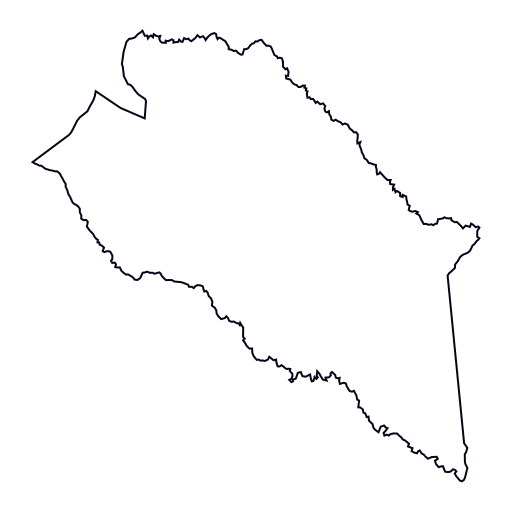 outline of Aporé, Goiás, Brazil
{"feature_id": "56859067B20436307532870", "entity_name": "Aporé", "entity_type": "district", "adm_level": 2, "iso_a3": "BRA", "parent_name": "Brazil", "parent_adm1": "Goiás", "projection": "equal_earth", "projection_center": [-52.039, -18.806], "detail": "fine", "context": "isolated", "style": "outline", "palette": "ink", "viewbox_px": 512, "rotation_deg": 0, "n_neighbors": 0, "source": "geoboundaries", "source_scale": "gbopen_adm2", "svg_char_len": 5959}
<svg xmlns="http://www.w3.org/2000/svg" viewBox="0 0 512 512"><path d="M463.9,479.9L465.0,477.5L467.4,468.0L465.5,464.2L464.9,462.1L464.8,454.3L466.2,452.0L467.3,447.9L464.1,443.2L447.6,275.5L449.4,272.9L450.8,271.9L454.9,268.0L455.1,264.5L457.6,261.4L460.3,256.8L462.8,254.8L467.4,252.9L469.9,250.9L471.3,248.2L472.4,245.7L474.6,243.9L476.7,241.0L478.1,239.9L479.4,238.3L477.2,236.7L477.2,234.4L477.3,230.8L479.4,227.7L478.1,226.5L475.7,227.2L473.0,224.7L471.1,223.6L469.9,226.9L465.6,225.6L463.0,228.4L461.1,226.1L456.9,222.0L454.6,222.2L451.4,220.2L451.1,218.2L448.5,218.4L446.1,218.1L444.4,217.3L442.7,218.5L438.1,219.2L437.0,223.6L435.3,223.8L433.4,225.2L431.4,224.3L428.7,224.8L426.2,223.9L423.7,224.0L421.5,220.1L419.3,215.2L416.3,213.5L417.8,212.1L415.3,211.0L412.4,211.7L410.1,211.1L408.7,209.9L409.7,205.8L407.6,204.6L407.0,201.3L406.4,199.0L406.2,196.5L402.7,194.9L402.6,197.0L400.2,196.2L400.0,192.8L397.0,191.0L395.5,192.2L394.5,188.8L393.0,189.8L392.9,187.4L394.1,184.6L390.2,184.1L389.8,182.0L390.6,180.0L387.5,180.0L385.1,177.9L380.0,172.2L378.8,173.9L377.2,174.4L376.7,172.2L376.7,169.5L375.9,167.0L375.9,164.9L373.7,164.5L370.8,163.3L368.8,163.1L366.7,159.8L364.4,158.3L363.5,155.2L361.8,152.3L361.2,149.4L360.3,147.4L359.4,144.8L360.3,142.1L357.4,143.4L357.2,140.7L357.6,138.3L357.8,134.4L356.1,132.2L354.0,132.4L352.3,130.5L349.8,128.6L347.8,124.7L345.0,123.5L342.5,124.5L340.7,122.3L338.5,121.5L335.6,119.7L333.6,120.9L331.3,119.6L330.9,116.8L329.3,114.3L328.9,111.2L327.0,112.4L325.4,111.6L324.4,108.9L325.2,106.0L323.1,103.4L320.1,104.2L317.3,101.6L315.7,102.9L313.2,99.0L310.7,99.0L309.5,97.3L307.5,97.7L306.8,93.7L307.5,91.4L305.8,90.4L306.4,88.4L304.3,87.6L304.9,85.6L302.5,85.6L300.6,87.0L298.4,87.0L296.5,85.0L294.7,84.5L292.6,83.0L290.3,79.6L286.2,78.5L285.9,75.7L288.0,75.9L288.6,72.0L287.1,68.3L285.5,69.3L283.1,66.8L282.9,61.4L281.8,58.2L279.5,57.7L277.8,58.2L276.9,56.4L274.4,55.0L271.8,48.6L270.6,46.4L268.1,45.6L266.5,45.8L264.0,43.2L261.5,39.8L259.3,40.2L257.5,41.5L255.4,41.4L253.8,43.3L252.0,43.7L249.9,45.8L248.3,48.1L246.4,49.1L244.2,49.1L242.5,54.5L240.8,54.6L237.9,52.8L236.2,50.7L233.9,51.0L231.3,49.7L228.7,49.2L228.7,46.7L227.3,44.6L225.3,41.2L220.4,38.1L218.8,37.7L217.6,39.1L216.5,36.7L216.1,34.1L214.4,33.1L211.6,33.9L209.3,35.6L207.3,37.6L205.6,40.1L204.7,38.2L203.0,36.2L199.9,37.4L197.4,35.2L195.3,38.1L191.3,41.2L189.8,40.4L188.4,38.6L186.4,39.2L184.1,38.1L182.6,41.8L181.0,41.6L179.2,39.6L178.1,42.0L175.8,42.1L173.4,42.6L173.5,40.3L171.8,39.4L169.9,40.4L168.0,41.2L165.7,40.7L165.8,42.8L161.8,42.6L160.4,41.3L159.3,39.0L160.2,36.0L158.4,36.5L156.4,35.9L153.7,34.2L153.0,37.3L151.0,35.5L149.3,36.5L147.9,38.4L147.3,35.6L144.8,35.8L142.5,30.7L140.1,32.8L138.1,34.0L134.8,37.5L132.7,38.3L129.1,38.9L126.5,41.8L123.6,51.9L121.9,64.0L122.8,66.9L123.9,76.2L127.9,84.2L130.5,84.9L132.7,87.2L135.5,91.2L138.6,94.6L145.1,99.0L146.0,101.1L144.7,118.4L120.6,108.0L95.7,91.2L94.8,96.2L93.5,100.0L89.3,107.4L87.4,111.3L80.1,117.1L77.2,120.6L73.5,128.0L71.0,132.7L68.9,135.0L32.6,162.1L34.9,163.6L36.8,164.2L39.3,165.6L41.3,165.7L45.7,169.0L47.7,169.4L49.4,170.1L52.1,170.5L55.4,171.4L57.0,171.3L59.9,173.6L61.1,176.1L62.6,178.7L64.5,182.2L65.7,184.0L65.6,186.7L67.3,190.1L68.4,194.2L69.9,196.5L72.4,202.1L73.6,203.5L77.7,205.9L79.8,208.7L79.8,212.3L81.4,215.5L81.2,218.6L83.4,220.1L86.2,220.0L87.8,221.9L86.9,226.6L89.6,230.4L93.2,234.1L94.6,236.8L96.2,238.8L97.9,239.9L97.5,242.3L99.2,242.5L99.7,244.7L101.8,245.6L104.0,247.6L102.7,251.1L104.3,252.1L107.3,251.1L110.2,251.6L112.4,255.6L112.3,259.2L111.0,260.8L112.2,262.9L115.0,262.7L116.0,264.5L115.2,267.1L117.4,267.5L119.8,267.4L121.5,270.9L123.7,272.9L126.0,274.6L128.0,274.4L131.9,276.6L133.4,277.9L134.6,279.6L137.4,280.0L140.2,278.1L142.7,272.7L144.8,272.5L147.1,271.7L150.3,272.9L152.2,272.7L154.5,273.7L159.4,272.4L160.7,273.7L162.0,276.3L165.9,280.1L169.0,280.0L172.0,280.1L174.3,281.5L180.6,282.1L182.7,282.6L188.2,284.8L189.0,286.8L191.8,286.8L193.8,288.1L195.2,286.3L197.2,285.2L200.0,285.3L202.7,286.2L203.5,289.1L204.3,291.5L206.2,290.9L207.5,292.4L208.8,296.2L211.0,298.3L212.4,301.8L211.9,305.6L215.0,307.9L216.4,310.7L216.6,313.5L218.5,316.5L221.2,319.1L224.8,318.1L226.3,316.3L228.2,318.2L229.0,320.6L230.4,321.4L232.0,321.8L233.8,321.5L236.6,323.1L238.6,323.4L239.7,324.9L240.2,322.9L241.8,325.6L243.2,327.4L243.1,336.8L244.7,338.7L243.1,340.3L245.2,343.2L246.9,346.2L249.5,348.6L252.1,348.5L252.3,352.8L253.8,356.4L256.8,359.9L258.8,359.6L260.5,360.7L262.2,360.4L264.8,361.0L267.9,359.6L269.3,356.8L273.5,360.2L276.1,359.6L276.3,361.9L277.6,366.3L279.5,366.5L281.5,365.2L283.2,366.4L285.0,368.0L286.6,369.0L288.7,368.7L290.3,369.0L289.8,371.0L292.3,373.7L292.5,376.1L291.4,378.9L289.3,379.9L291.4,382.1L292.9,381.4L293.3,379.4L295.8,378.6L297.8,372.9L300.8,372.0L302.4,376.1L305.6,376.7L310.1,374.5L310.9,379.0L311.8,381.3L313.4,380.9L314.6,376.9L316.4,378.9L317.8,377.4L316.7,375.6L317.2,371.2L319.1,373.3L322.7,379.5L326.6,380.6L325.5,377.6L329.0,377.3L330.8,375.4L330.5,373.3L332.0,372.0L335.2,375.0L335.8,377.6L337.9,378.3L339.6,377.9L339.1,380.5L339.9,383.9L343.7,382.8L345.8,383.4L346.8,386.4L349.6,391.0L352.0,391.7L353.9,390.8L356.5,395.7L357.2,399.6L359.1,400.6L358.3,407.3L360.2,407.5L362.8,409.4L363.5,412.7L365.3,413.4L366.7,417.1L368.5,416.6L369.0,420.6L372.6,424.2L373.3,427.4L374.9,429.6L378.5,432.2L380.7,426.7L384.1,425.5L385.5,427.3L387.5,428.2L385.2,431.3L383.6,432.9L384.4,435.6L386.7,434.6L388.8,435.6L390.3,434.2L393.5,433.4L397.2,433.6L398.8,435.3L401.5,437.6L402.7,439.4L405.1,440.5L409.0,443.7L408.0,446.5L412.5,448.2L411.6,451.1L414.2,452.6L417.0,453.3L418.2,451.2L419.7,450.4L421.8,453.6L423.9,454.7L425.3,456.4L427.9,458.7L431.9,457.0L436.6,456.8L437.8,458.8L435.0,460.7L435.9,463.9L438.6,467.2L440.6,466.5L443.0,466.2L444.2,469.6L445.2,471.7L447.9,472.1L450.6,471.6L453.0,469.3L454.8,469.8L456.4,471.4L454.7,473.5L456.2,476.2L460.1,480.7L461.8,481.3L463.9,479.9Z" fill="none" stroke="#020617" stroke-width="2"/></svg>